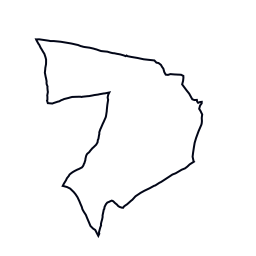 outline of Buah, Grand Kru, Liberia, rotated 261°
{"feature_id": "62588387B84481919127843", "entity_name": "Buah", "entity_type": "district", "adm_level": 2, "iso_a3": "LBR", "parent_name": "Liberia", "parent_adm1": "Grand Kru", "projection": "natural_earth1", "projection_center": [-8.171, 4.859], "detail": "fine", "context": "isolated", "style": "outline", "palette": "ink", "viewbox_px": 256, "rotation_deg": 261, "n_neighbors": 0, "source": "geoboundaries", "source_scale": "gbopen_adm2", "svg_char_len": 3119}
<svg xmlns="http://www.w3.org/2000/svg" viewBox="0 0 256 256"><g transform="rotate(261 128 128)"><path d="M199.8,137.9L199.3,137.0L199.8,136.1L200.3,135.3L201.8,132.1L202.7,129.6L202.8,129.2L204.0,126.1L204.3,124.7L205.2,122.5L206.6,119.6L207.5,116.1L208.1,113.9L208.2,113.5L208.9,112.1L210.5,109.2L211.2,107.6L211.8,106.4L213.3,102.7L214.2,99.7L214.8,97.7L215.4,96.1L215.7,95.6L215.8,95.3L216.3,94.1L217.8,91.6L218.6,89.5L218.8,89.0L219.5,87.3L220.4,85.0L221.9,80.5L223.7,75.1L225.5,68.2L226.0,65.0L226.6,63.4L227.3,61.2L229.5,54.1L229.8,51.6L229.9,51.1L229.1,51.3L225.2,52.7L224.2,53.3L221.1,54.2L219.2,55.0L216.4,56.1L214.3,57.0L210.7,57.6L208.4,57.8L205.9,57.4L203.8,57.0L200.2,55.7L199.2,55.5L195.5,54.5L194.7,54.6L194.0,54.6L191.1,54.7L190.3,54.8L186.8,54.9L185.4,54.6L184.1,54.5L181.5,55.0L180.4,54.7L177.5,54.5L176.1,54.5L172.7,53.3L171.5,53.3L168.4,52.8L167.8,52.3L165.1,52.7L164.0,57.1L164.3,58.4L165.0,62.8L165.1,64.3L165.9,66.4L166.2,68.0L166.6,69.4L167.0,74.2L167.2,75.5L167.4,77.7L167.0,81.0L166.8,82.6L166.4,85.6L165.9,87.1L166.0,88.0L165.7,93.8L165.6,94.4L165.7,98.3L165.8,99.7L165.7,103.7L165.8,104.8L165.9,109.3L165.8,110.7L166.0,115.1L164.0,113.7L161.5,112.7L160.0,112.7L159.0,112.8L154.7,111.4L153.7,111.1L148.8,109.8L148.1,109.7L143.1,108.1L142.0,107.6L137.5,104.7L136.4,103.9L131.8,101.0L131.3,100.6L128.3,99.0L126.4,98.7L125.6,98.3L121.9,97.1L121.0,96.4L118.4,95.6L117.6,94.8L116.6,94.1L114.0,90.4L113.7,89.8L111.4,87.1L110.6,86.3L110.2,85.9L108.9,83.7L107.7,82.7L106.8,82.2L104.1,81.1L103.1,80.9L99.9,79.3L99.4,78.8L98.2,78.2L97.3,77.5L96.7,76.8L96.3,76.4L95.1,72.8L94.9,71.7L93.9,68.6L93.0,66.3L91.9,64.2L91.1,62.9L90.1,62.2L87.9,59.8L86.1,58.6L83.1,56.0L81.0,54.5L80.7,55.3L79.2,58.6L77.2,61.4L73.2,64.4L70.8,65.8L67.5,67.3L63.0,68.6L60.8,69.1L57.3,70.0L54.8,70.3L53.7,70.7L52.3,71.2L48.7,72.8L45.6,73.5L41.6,74.5L41.3,74.6L37.1,75.6L34.1,77.8L32.4,79.7L29.0,80.8L26.1,81.8L28.1,83.1L29.5,83.0L30.4,83.4L34.2,85.1L36.1,86.2L37.3,86.2L39.3,87.0L41.9,88.2L44.1,89.0L45.6,89.2L48.5,90.3L51.2,91.3L51.8,91.9L53.7,92.5L56.2,94.3L57.6,95.9L58.1,98.1L58.4,98.9L58.8,100.6L58.1,101.8L57.1,102.6L56.2,103.2L54.1,105.1L52.6,106.0L51.4,107.3L50.3,109.4L50.0,110.7L51.0,111.6L51.7,112.8L52.8,115.2L56.0,120.2L56.3,120.9L59.3,124.6L59.8,125.6L61.4,129.1L61.9,130.1L63.4,134.2L63.8,135.5L65.1,139.9L66.8,144.6L67.0,146.0L69.0,150.5L69.4,151.9L70.3,154.0L73.4,160.9L75.1,164.6L75.8,167.9L77.2,171.5L78.4,174.5L79.2,178.0L80.6,180.6L82.4,183.2L83.7,186.2L84.4,187.8L84.7,187.6L89.5,187.3L93.0,188.3L98.4,190.0L102.9,191.5L107.5,193.7L113.8,197.2L119.8,201.0L121.3,201.6L123.3,202.1L126.4,202.4L128.8,203.1L129.7,203.4L133.7,202.2L135.8,201.3L138.9,202.7L140.8,204.6L142.3,204.9L142.4,203.3L141.9,201.2L143.4,200.4L145.0,200.4L145.2,198.0L146.3,196.0L149.3,194.9L152.4,193.8L155.7,191.9L158.0,190.7L162.6,188.3L166.0,189.8L169.0,190.6L170.8,190.8L172.3,188.7L173.6,182.4L174.6,178.3L174.2,175.8L174.8,173.6L177.5,172.6L181.1,172.2L182.8,171.3L185.2,170.4L187.4,168.3L188.1,166.3L190.6,164.6L193.4,154.3L195.7,148.3L197.7,142.3L199.0,138.8L199.8,137.9Z" fill="none" stroke="#020617" stroke-width="2"/></g></svg>